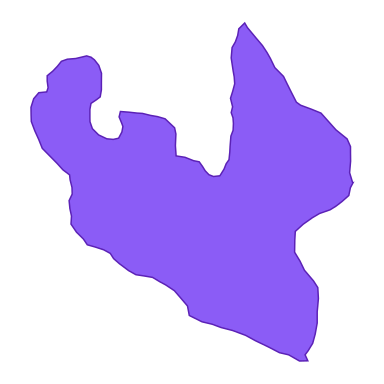 the district of Gadabay District, Gədəbəy, Azerbaijan
{"feature_id": "54616110B46799199998097", "entity_name": "Gadabay District", "entity_type": "district", "adm_level": 2, "iso_a3": "AZE", "parent_name": "Azerbaijan", "parent_adm1": "Gədəbəy", "projection": "robinson", "projection_center": [45.649, 40.556], "detail": "fine", "context": "isolated", "style": "filled", "palette": "violet", "viewbox_px": 384, "rotation_deg": 0, "n_neighbors": 0, "source": "geoboundaries", "source_scale": "gbopen_adm2", "svg_char_len": 2129}
<svg xmlns="http://www.w3.org/2000/svg" viewBox="0 0 384 384"><path d="M244.7,23.0L238.8,28.8L237.7,35.4L235.3,42.0L232.1,47.5L231.2,57.9L233.2,71.2L234.2,76.8L234.7,83.8L232.6,91.6L230.5,98.3L232.6,106.8L231.2,112.6L233.0,117.8L233.4,123.5L233.1,130.3L230.9,136.1L230.1,146.2L229.8,152.0L229.0,159.7L226.2,163.7L224.0,169.2L220.2,175.3L219.8,175.8L213.5,176.5L208.9,174.7L205.2,170.8L202.6,166.6L199.2,161.8L193.6,160.7L185.0,157.3L176.1,155.9L175.4,145.7L175.9,134.0L174.6,127.8L169.1,122.6L165.1,118.8L157.5,116.6L150.5,115.4L142.4,113.4L137.3,113.1L129.2,112.2L120.4,111.5L119.7,114.5L119.1,116.9L121.7,123.2L122.8,126.2L122.9,126.5L121.9,132.0L118.6,138.2L113.3,139.4L106.8,138.8L98.6,134.9L92.4,128.7L90.0,121.8L89.9,118.7L89.9,116.3L89.9,109.4L91.0,103.4L96.8,99.5L97.4,99.0L100.2,96.9L101.4,89.8L101.4,82.6L101.5,73.3L98.8,65.4L94.4,59.8L93.6,59.2L90.9,57.1L90.6,57.1L86.7,55.9L75.8,58.5L67.3,59.2L61.4,61.3L57.4,66.3L52.7,71.2L47.2,75.7L47.2,81.1L48.1,87.7L46.7,91.9L38.8,92.7L33.7,98.7L31.0,107.3L31.1,114.9L31.3,121.5L34.8,130.8L38.7,139.4L42.3,148.4L51.8,158.0L57.3,163.6L62.9,169.8L69.6,174.9L70.1,179.8L72.0,187.5L72.2,194.1L69.1,200.6L69.9,208.6L71.5,216.1L71.0,224.1L76.5,232.2L83.4,239.0L87.3,244.8L95.1,247.0L103.7,249.8L110.3,253.4L113.6,258.6L119.4,263.7L128.6,270.6L135.9,274.7L143.8,275.9L152.6,277.4L159.9,281.8L165.5,284.8L174.4,290.7L182.5,300.1L187.5,306.0L189.3,315.5L202.0,321.8L212.1,324.2L221.0,327.5L232.6,330.5L245.5,335.3L255.4,340.7L268.1,346.8L279.5,352.7L288.6,354.8L299.5,361.0L307.8,360.8L305.1,354.8L308.1,350.8L312.7,343.3L315.2,334.1L317.2,323.0L317.2,311.7L317.7,306.5L318.4,298.5L317.8,287.6L313.5,280.9L304.4,270.2L300.0,261.1L294.6,252.2L294.8,239.9L295.3,231.4L303.2,224.2L312.4,217.7L319.5,213.5L330.1,209.8L335.9,206.2L341.9,201.6L348.8,195.5L350.4,187.7L353.0,182.8L352.7,182.9L349.6,172.7L350.6,161.2L350.5,152.6L350.5,146.6L347.1,138.9L336.0,129.9L331.6,125.0L321.0,113.1L311.4,109.2L300.6,105.2L296.4,102.2L291.6,92.8L287.0,83.6L283.5,76.4L274.8,67.6L270.4,58.5L267.0,52.5L262.4,45.5L255.7,37.6L247.4,27.6L244.7,23.0Z" fill="#8b5cf6" stroke="#5b21b6" stroke-width="1.5"/></svg>